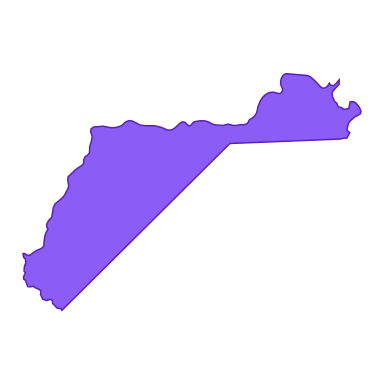 outline of Aragarças, Goiás, Brazil
{"feature_id": "56859067B18880628968559", "entity_name": "Aragarças", "entity_type": "district", "adm_level": 2, "iso_a3": "BRA", "parent_name": "Brazil", "parent_adm1": "Goiás", "projection": "albers", "projection_center": [-52.131, -15.989], "detail": "fine", "context": "isolated", "style": "filled", "palette": "violet", "viewbox_px": 384, "rotation_deg": 0, "n_neighbors": 0, "source": "geoboundaries", "source_scale": "gbopen_adm2", "svg_char_len": 2784}
<svg xmlns="http://www.w3.org/2000/svg" viewBox="0 0 384 384"><path d="M270.1,92.4L266.9,93.7L264.8,95.2L262.8,97.2L261.1,99.5L260.1,101.5L259.1,103.9L258.1,106.3L257.6,108.4L257.2,110.6L256.5,113.1L254.9,115.6L253.3,117.3L251.1,118.7L249.2,120.0L248.4,121.8L247.3,123.5L245.4,124.3L243.6,124.7L241.4,124.7L239.1,124.9L237.2,125.3L235.3,125.5L232.6,125.3L230.2,124.6L227.7,124.2L224.8,125.0L222.3,125.5L219.8,125.2L217.9,125.0L216.1,125.0L213.4,124.5L211.1,123.5L209.6,122.4L206.9,121.4L204.0,120.8L201.8,120.7L198.7,121.0L196.3,121.4L194.1,121.9L192.4,123.3L191.2,125.1L189.3,126.0L187.4,124.8L185.1,122.3L182.6,121.8L180.3,122.9L178.6,124.5L177.1,125.8L175.7,127.2L174.2,128.4L172.1,129.7L169.5,130.2L166.9,129.8L164.8,128.8L160.9,127.2L157.7,126.5L155.5,125.9L153.4,125.7L150.8,125.7L147.3,125.7L144.1,125.6L141.3,125.3L139.2,124.7L136.8,123.3L133.7,121.7L131.4,120.8L129.4,120.6L126.5,121.5L124.7,122.7L123.2,124.3L121.4,125.7L119.0,126.6L116.1,127.4L113.2,127.7L110.3,127.6L107.7,127.1L105.4,126.7L102.9,126.2L98.0,126.7L95.3,126.7L93.0,127.4L91.0,128.9L90.6,131.9L91.7,134.6L92.2,137.4L91.2,141.8L90.0,145.4L89.6,147.9L89.6,151.1L89.3,153.0L87.7,155.1L85.1,156.7L83.6,160.0L83.6,163.6L81.3,165.9L78.2,167.8L75.2,170.0L72.2,172.8L70.3,174.8L68.2,176.5L67.7,179.5L68.1,182.5L68.6,185.1L68.5,187.1L67.7,189.1L66.3,191.7L65.0,194.4L63.8,196.1L62.3,197.8L58.8,200.9L56.5,202.6L55.1,203.9L54.2,205.7L53.3,207.5L53.0,209.6L52.7,212.0L52.1,214.7L51.9,216.9L50.6,218.6L48.8,220.2L47.6,222.4L46.5,224.9L46.8,227.1L47.9,229.3L46.3,232.0L44.9,235.7L44.5,238.8L44.0,241.8L44.0,244.0L43.7,246.1L42.3,247.7L39.9,249.1L36.5,250.4L34.8,251.6L33.1,252.7L31.2,254.3L28.9,255.5L26.7,255.1L24.9,253.6L23.0,253.6L23.7,257.5L25.4,259.1L25.8,263.1L24.7,265.3L24.3,267.7L24.0,270.9L25.4,273.1L24.1,275.4L23.5,277.4L23.9,279.4L25.7,280.3L26.1,282.3L26.9,284.4L27.7,286.6L30.0,286.9L33.3,286.3L35.8,288.1L38.5,289.0L40.9,291.0L40.6,294.5L42.7,299.2L44.6,299.8L46.8,300.6L50.1,299.3L52.4,300.4L52.6,303.4L57.1,308.1L60.8,308.6L61.9,310.3L96.8,275.6L103.3,269.2L144.7,228.1L208.7,164.5L229.9,143.5L340.9,139.0L342.6,138.3L347.0,138.0L349.7,132.6L346.9,130.1L347.5,127.0L348.4,123.6L349.9,121.2L354.9,116.9L360.3,113.9L361.0,111.6L360.3,109.3L358.6,106.2L355.4,102.6L352.8,101.6L350.2,101.7L348.7,108.7L343.5,109.3L341.4,107.6L338.0,106.7L336.9,103.2L334.7,101.6L332.6,96.9L332.0,93.2L333.3,90.5L339.1,84.4L339.2,79.8L336.1,83.4L333.5,85.9L330.3,84.9L329.3,83.2L327.6,86.0L326.1,87.4L323.9,88.2L321.6,87.7L319.4,85.6L317.2,83.2L313.5,79.5L311.1,77.4L308.4,75.8L305.5,75.3L299.1,74.8L291.2,74.1L287.7,73.7L285.7,73.8L283.9,74.6L282.7,76.0L281.3,78.4L280.6,81.6L280.9,85.1L282.3,88.0L282.6,90.6L281.1,93.0L278.7,93.6L276.3,93.0L273.7,92.2L270.1,92.4Z" fill="#8b5cf6" stroke="#5b21b6" stroke-width="1.5"/></svg>